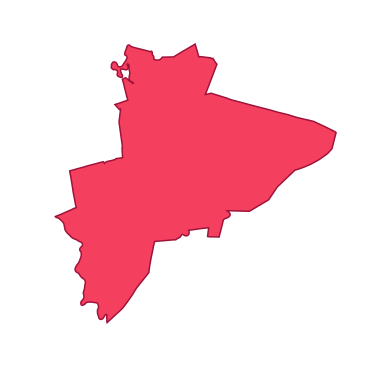 outline of Giera, Timis, Romania, rotated 282°
{"feature_id": "2599482B15440248148719", "entity_name": "Giera", "entity_type": "district", "adm_level": 2, "iso_a3": "ROU", "parent_name": "Romania", "parent_adm1": "Timis", "projection": "natural_earth1", "projection_center": [20.968, 45.404], "detail": "fine", "context": "isolated", "style": "filled", "palette": "rose", "viewbox_px": 384, "rotation_deg": 282, "n_neighbors": 0, "source": "geoboundaries", "source_scale": "gbopen_adm2", "svg_char_len": 5810}
<svg xmlns="http://www.w3.org/2000/svg" viewBox="0 0 384 384"><g transform="rotate(282 192 192)"><path d="M321.6,103.0L321.5,102.8L321.6,102.2L322.4,101.0L322.6,100.4L322.7,100.1L322.6,99.4L322.4,99.1L322.1,98.6L321.7,98.3L318.1,97.9L314.9,97.4L313.6,97.4L312.9,97.5L312.7,97.5L312.4,97.7L311.8,98.4L311.7,99.2L311.6,99.6L311.4,99.8L311.1,100.1L310.6,100.4L309.6,100.6L309.0,100.5L308.4,100.2L306.7,99.9L306.1,99.7L305.3,99.3L304.1,98.8L301.2,97.7L300.3,97.2L300.0,96.7L299.7,96.1L299.3,95.1L299.3,94.5L299.3,93.9L299.4,93.6L299.9,93.2L301.2,92.4L301.8,91.9L302.7,91.0L302.9,90.7L303.0,90.5L303.1,90.0L303.1,89.6L303.1,89.0L303.0,88.7L302.7,87.9L302.5,87.6L301.1,87.0L300.0,86.7L299.8,86.8L297.1,87.1L296.7,87.3L296.4,87.6L295.6,88.8L295.3,89.8L295.3,90.2L295.6,90.8L295.7,91.1L295.8,91.9L295.7,92.5L295.3,93.3L295.1,93.6L294.8,93.9L294.2,94.1L293.6,94.3L291.1,94.4L291.0,94.5L290.3,94.9L290.0,95.2L289.9,95.5L289.6,96.7L289.6,96.9L289.3,98.2L289.3,98.9L289.4,99.2L289.6,99.5L289.8,99.9L289.9,100.0L290.1,100.0L290.8,99.9L291.3,99.9L291.7,99.8L291.8,99.7L292.7,98.7L293.9,97.9L294.7,97.4L295.3,97.1L295.8,97.0L296.8,96.9L297.4,96.9L297.5,97.0L297.7,97.5L297.7,98.7L297.8,99.5L297.7,101.2L297.8,102.1L298.1,102.8L298.4,103.2L299.4,103.7L300.0,103.8L300.3,103.8L300.9,103.6L301.7,103.2L302.2,102.9L303.1,102.1L303.3,102.0L303.5,102.0L303.9,102.2L303.9,102.7L303.7,103.1L303.4,103.4L303.1,103.7L302.5,104.1L301.3,104.5L300.4,104.5L299.4,104.7L295.9,106.4L294.8,106.5L291.3,106.6L290.5,106.7L288.7,107.4L288.1,107.8L287.8,108.3L287.4,109.5L287.0,110.8L286.7,111.7L286.5,112.0L286.4,112.1L286.1,111.9L285.9,111.7L286.1,111.1L287.4,108.3L287.9,107.2L288.9,105.5L289.9,103.7L289.9,103.4L289.9,103.2L287.8,100.5L281.5,103.7L280.9,103.9L278.5,105.1L273.5,107.5L268.5,110.1L264.8,104.1L261.5,98.4L257.5,103.9L258.2,104.9L245.0,106.1L239.4,108.2L231.0,111.2L222.0,114.5L221.2,114.3L218.9,114.8L211.1,117.0L208.8,110.6L208.1,110.3L207.7,109.9L205.9,106.4L204.1,102.4L202.9,100.9L202.2,100.6L201.8,100.4L203.1,98.9L201.2,94.9L198.5,89.7L196.7,86.0L196.2,85.1L196.1,84.9L195.2,83.1L193.9,80.9L193.2,79.5L190.5,74.2L188.2,69.9L187.4,68.1L187.1,68.0L178.8,71.4L167.8,75.6L167.6,75.6L162.2,77.9L155.9,80.5L152.7,82.0L151.2,79.7L149.2,77.1L145.4,71.8L142.5,67.8L139.6,63.4L139.2,63.8L138.9,64.3L138.8,64.7L138.9,65.4L138.8,66.2L138.4,67.3L137.7,68.8L136.6,70.7L136.1,71.4L134.9,72.7L134.0,73.4L128.4,75.8L127.0,77.2L125.9,78.6L124.2,81.3L123.4,82.6L123.1,82.8L122.2,84.6L122.0,85.1L121.7,86.4L121.5,87.3L121.4,88.4L121.2,89.2L120.3,91.7L120.1,92.5L119.8,93.9L119.6,94.4L119.3,94.9L118.9,95.2L118.3,95.7L117.7,95.9L117.3,95.9L116.7,95.8L116.4,95.7L115.7,95.3L114.7,94.6L114.2,94.4L113.3,94.1L112.8,94.1L111.9,94.3L111.5,94.5L111.0,94.9L110.9,95.2L110.6,95.5L109.9,96.1L108.9,96.4L108.2,96.6L106.4,96.9L104.6,96.8L104.0,96.7L103.2,96.5L102.1,96.4L100.2,96.1L98.8,95.6L96.0,94.3L94.7,93.9L93.0,93.6L92.2,93.7L91.4,93.9L90.8,94.3L90.5,94.4L90.1,94.9L89.7,95.5L89.5,96.1L89.2,97.1L88.9,97.8L88.4,98.5L86.9,100.0L86.2,100.7L85.0,102.6L84.4,104.2L84.1,104.7L83.4,105.5L82.9,105.9L82.2,106.3L81.3,106.5L80.6,106.6L78.6,106.6L75.3,106.9L70.7,106.6L69.5,107.1L68.6,107.6L67.9,107.9L66.4,108.2L66.1,108.2L65.5,108.1L64.5,107.8L62.4,106.6L61.9,106.4L60.7,106.3L59.8,106.5L59.3,106.6L58.7,107.0L58.4,107.7L58.3,108.0L58.3,108.3L58.4,108.6L58.7,109.1L59.6,110.1L60.2,110.6L61.5,111.4L61.8,111.8L62.3,112.4L62.6,113.1L63.4,116.1L63.5,117.7L63.6,120.1L63.8,121.2L63.8,121.6L63.6,122.1L63.5,122.5L63.2,122.8L62.3,123.6L61.1,124.1L60.3,124.4L59.2,124.6L58.6,124.5L57.4,124.1L56.8,124.1L56.1,124.2L53.8,124.8L53.0,125.1L52.3,125.5L51.8,125.8L51.6,126.1L49.7,127.0L49.1,127.4L48.7,127.8L48.4,128.4L48.3,129.0L48.5,129.5L48.7,130.1L49.0,130.6L50.1,131.4L53.0,132.4L53.8,132.8L54.4,133.2L54.4,133.4L54.4,133.7L54.3,133.9L54.2,134.2L51.8,134.7L50.7,134.8L50.1,135.2L48.5,135.4L47.7,135.6L46.6,136.1L50.9,139.2L53.4,140.9L60.2,145.8L63.4,148.0L65.9,149.3L72.8,152.4L77.7,154.5L86.5,157.7L104.1,166.5L110.8,166.0L119.3,165.7L126.4,165.7L131.4,165.6L135.9,165.8L139.2,176.9L141.0,182.6L141.9,186.1L142.7,186.7L143.2,187.2L144.4,188.7L145.4,189.7L146.0,190.1L146.8,190.4L147.7,190.5L148.0,190.7L148.4,191.2L148.5,191.5L148.5,192.0L147.9,193.7L147.8,195.0L148.0,195.7L148.3,196.3L148.6,196.8L149.1,197.2L149.8,197.6L150.6,197.7L151.3,197.7L152.8,197.3L153.4,197.0L153.8,196.7L157.4,206.5L158.5,209.6L158.7,210.4L160.5,215.5L160.4,215.7L151.7,216.5L151.7,217.6L152.0,219.4L153.4,226.7L153.5,227.8L162.0,228.2L167.0,228.4L171.0,228.5L172.1,229.0L172.4,229.2L173.4,230.9L174.2,232.0L174.7,232.6L175.3,233.2L176.1,233.7L176.8,234.0L177.4,234.1L178.1,233.9L178.8,233.6L179.3,233.1L180.2,231.8L181.0,230.3L181.1,230.8L181.7,233.9L182.6,238.7L183.5,243.7L184.8,250.6L185.1,252.2L185.8,252.9L200.3,268.6L214.7,274.4L234.6,288.0L237.2,292.5L240.3,297.4L243.8,302.3L249.0,308.4L250.5,310.0L257.5,316.4L257.9,316.7L262.7,319.5L263.4,319.9L280.0,320.6L280.4,320.1L280.7,319.4L283.2,309.7L286.0,297.8L286.3,296.6L286.4,295.0L286.7,279.8L286.9,277.1L287.6,269.6L287.9,258.8L287.9,258.7L288.4,252.5L289.1,235.8L290.2,214.8L290.1,214.6L290.5,210.1L291.1,206.1L291.6,200.9L292.6,190.2L290.2,185.2L290.1,184.8L311.7,188.2L322.2,189.8L323.7,187.9L327.1,184.7L326.4,183.5L326.8,182.8L327.1,182.6L326.4,174.6L326.1,171.6L325.6,170.6L337.4,164.3L336.2,163.1L333.3,159.9L328.8,155.0L328.8,154.9L321.3,146.9L320.4,146.3L317.8,135.3L317.8,135.0L315.9,134.0L315.3,133.5L314.9,133.0L314.3,132.2L314.0,131.4L313.9,130.8L313.6,129.4L313.6,129.0L313.7,128.0L313.9,127.2L314.5,127.0L314.8,126.9L315.4,126.9L316.0,126.6L317.1,125.9L317.5,125.5L317.7,125.0L317.9,124.8L318.3,124.6L318.9,124.4L319.9,124.2L320.4,124.0L320.8,123.7L321.2,123.4L321.3,123.0L320.9,122.3L320.4,121.6L320.7,121.1L321.3,105.5L321.5,103.5L321.6,103.0Z" fill="#f43f5e" stroke="#9f1239" stroke-width="1.5"/></g></svg>